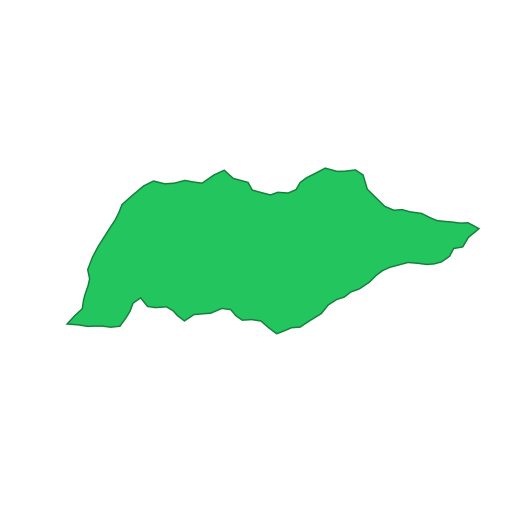 the district of Alvinlândia, São Paulo, Brazil, rotated 230°
{"feature_id": "56859067B75743484543184", "entity_name": "Alvinlândia", "entity_type": "district", "adm_level": 2, "iso_a3": "BRA", "parent_name": "Brazil", "parent_adm1": "São Paulo", "projection": "natural_earth1", "projection_center": [-49.762, -22.451], "detail": "fine", "context": "isolated", "style": "filled", "palette": "green", "viewbox_px": 512, "rotation_deg": 230, "n_neighbors": 0, "source": "geoboundaries", "source_scale": "gbopen_adm2", "svg_char_len": 1422}
<svg xmlns="http://www.w3.org/2000/svg" viewBox="0 0 512 512"><g transform="rotate(230 256 256)"><path d="M379.3,225.7L381.9,214.9L381.9,198.4L381.5,186.4L377.3,178.7L374.0,171.0L371.9,163.7L368.5,153.0L364.8,141.3L360.1,129.8L353.7,118.3L345.5,113.9L341.4,108.6L337.0,101.2L333.1,95.6L327.3,89.0L326.7,78.0L325.3,67.6L317.6,75.5L310.2,81.9L305.9,87.5L301.2,93.1L294.8,99.0L289.7,106.6L292.2,116.6L294.6,123.9L298.9,131.5L298.1,140.7L287.1,140.5L281.1,145.8L274.7,154.7L267.3,157.3L261.0,157.5L252.3,159.4L251.0,170.9L241.3,184.6L237.8,196.1L231.2,202.2L223.4,202.2L215.7,204.2L210.1,211.8L203.0,218.0L193.0,219.6L183.2,221.8L180.6,229.2L178.2,237.2L173.2,244.0L171.8,256.5L169.9,268.9L172.1,280.0L170.8,289.9L167.8,297.2L167.5,305.5L164.4,314.0L163.1,325.9L163.9,335.5L163.5,343.4L161.4,351.1L153.4,368.2L146.4,375.3L139.7,381.4L135.4,387.5L132.3,394.2L131.4,404.1L134.7,412.2L130.1,420.2L133.7,430.6L133.6,444.4L145.1,439.8L149.8,433.7L155.8,428.2L161.8,422.2L166.8,417.4L172.9,414.2L182.2,410.2L190.9,402.3L197.7,397.7L202.3,391.1L211.4,386.5L227.1,385.0L235.6,384.2L249.3,390.1L258.0,387.5L264.0,378.3L268.7,372.5L278.8,365.5L281.1,355.0L283.5,345.0L283.9,337.1L281.1,329.4L283.5,321.2L290.8,313.6L293.5,306.3L300.8,301.1L308.9,295.5L317.5,297.2L330.1,288.4L342.1,286.8L345.1,275.9L346.4,261.6L352.8,255.7L359.6,250.1L364.2,240.4L369.9,232.5L379.3,225.7Z" fill="#22c55e" stroke="#15803d" stroke-width="1.5"/></g></svg>